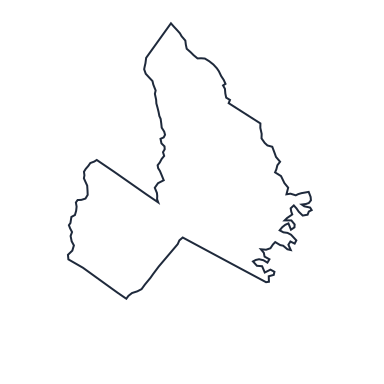 Juranda, Paraná, Brazil, rotated 305°
{"feature_id": "56859067B47517937366548", "entity_name": "Juranda", "entity_type": "district", "adm_level": 2, "iso_a3": "BRA", "parent_name": "Brazil", "parent_adm1": "Paraná", "projection": "robinson", "projection_center": [-52.824, -24.406], "detail": "fine", "context": "isolated", "style": "outline", "palette": "slate", "viewbox_px": 384, "rotation_deg": 305, "n_neighbors": 0, "source": "geoboundaries", "source_scale": "gbopen_adm2", "svg_char_len": 2522}
<svg xmlns="http://www.w3.org/2000/svg" viewBox="0 0 384 384"><g transform="rotate(305 192 192)"><path d="M163.6,95.6L160.9,94.5L157.4,92.1L153.9,92.1L150.0,91.7L146.6,91.9L144.0,94.3L141.2,95.6L139.4,98.6L137.1,102.5L133.1,105.7L129.8,108.2L125.5,108.5L122.1,105.9L119.8,102.9L116.8,102.9L113.8,105.9L110.1,107.9L106.0,109.3L102.4,107.5L96.9,110.2L94.2,110.2L92.3,113.0L90.4,116.7L86.3,117.8L82.6,121.7L80.5,125.9L75.3,127.6L69.4,126.4L65.9,129.4L67.4,146.1L66.9,180.8L66.8,189.5L66.9,199.4L70.5,199.5L74.8,200.8L79.3,204.2L83.5,206.4L89.2,206.5L98.0,207.2L102.3,207.2L111.9,207.5L141.1,210.2L145.1,209.4L149.4,210.5L152.5,236.8L157.0,274.6L160.6,304.4L162.6,306.5L167.0,303.2L171.0,306.5L173.9,305.3L173.4,300.8L167.8,297.8L171.4,292.0L168.8,287.5L170.1,281.8L173.0,283.3L175.4,285.5L177.1,289.7L177.4,294.3L181.3,294.0L180.7,288.5L183.4,285.7L184.6,281.3L187.2,285.8L190.9,288.5L195.4,288.4L198.7,288.9L199.1,294.7L200.3,297.5L199.8,303.0L201.1,306.2L204.1,301.2L207.9,301.0L208.6,305.7L212.2,305.2L213.8,297.7L213.3,293.7L211.4,290.0L210.9,285.8L214.9,286.1L218.6,287.2L221.6,289.0L217.9,294.7L221.8,296.2L224.3,294.7L225.7,289.7L221.9,284.2L225.2,284.8L231.1,287.0L232.9,284.5L235.2,282.2L239.4,283.1L238.5,287.0L237.1,290.7L236.2,296.2L239.7,299.7L243.0,298.9L245.8,300.4L247.0,297.7L244.7,292.2L244.7,289.1L247.5,292.2L250.0,294.0L253.4,294.2L256.0,292.0L259.0,287.5L253.8,282.3L251.3,280.3L248.8,278.9L247.1,273.6L244.3,270.7L250.7,268.3L252.3,262.6L256.1,255.8L255.7,248.8L258.9,248.1L262.9,246.6L267.3,246.8L268.9,240.7L270.9,237.9L275.1,231.8L273.4,227.1L273.9,223.4L275.8,218.2L279.6,215.7L283.7,211.2L287.4,208.7L285.8,171.1L289.2,170.3L288.9,165.9L291.8,162.8L295.4,159.8L297.1,156.3L299.8,157.4L302.0,153.7L303.7,149.4L306.3,144.8L307.6,141.4L308.7,136.4L309.0,131.0L308.7,126.0L306.8,122.8L304.6,119.9L305.0,114.8L305.7,110.9L306.3,105.5L309.1,102.5L312.2,99.7L313.6,94.2L315.1,91.0L316.1,86.7L317.1,82.0L318.1,78.0L275.6,77.5L270.8,80.0L267.6,81.3L265.1,82.4L262.3,86.3L261.2,91.3L260.2,96.0L257.8,98.7L256.0,101.4L254.3,104.0L251.1,105.3L247.0,109.7L244.1,112.0L241.2,115.5L238.4,118.7L235.5,121.7L233.9,124.4L230.3,127.7L227.3,130.3L225.5,134.6L223.4,137.1L220.5,137.5L217.5,135.7L214.3,139.1L213.6,143.3L211.4,145.1L208.0,145.4L205.6,148.5L201.7,148.2L197.7,148.7L194.2,148.5L192.1,150.6L190.8,153.7L188.2,157.8L185.4,162.1L179.7,159.1L174.1,159.1L171.1,163.8L168.8,165.8L166.1,167.5L164.1,170.3L163.9,156.1L163.9,124.1L163.9,116.2L163.6,95.6Z" fill="none" stroke="#1e293b" stroke-width="2"/></g></svg>